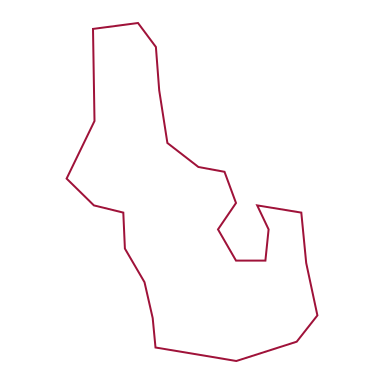 map outline of Triesen (Mercator projection)
{"feature_id": "LIE-4893", "entity_name": "Triesen", "entity_type": "state/province", "adm_level": 1, "iso_a3": "LIE", "parent_name": "Liechtenstein", "parent_adm1": "", "projection": "mercator", "projection_center": [9.548, 47.092], "detail": "fine", "context": "isolated", "style": "outline", "palette": "rose", "viewbox_px": 384, "rotation_deg": 0, "n_neighbors": 0, "source": "natural_earth", "source_scale": "10m", "svg_char_len": 443}
<svg xmlns="http://www.w3.org/2000/svg" viewBox="0 0 384 384"><path d="M317.4,315.4L296.7,341.7L236.3,361.0L155.5,347.5L152.7,318.1L144.5,282.2L124.9,248.6L123.3,212.6L93.9,205.4L66.6,178.6L94.5,121.0L93.0,28.9L138.0,23.0L155.9,47.0L159.2,90.3L167.4,143.0L198.4,167.0L224.5,171.8L236.0,203.0L218.0,229.4L236.0,260.6L265.4,260.6L268.6,229.4L257.2,205.4L301.3,212.6L306.2,263.0L317.4,315.4Z" fill="none" stroke="#9f1239" stroke-width="2"/></svg>